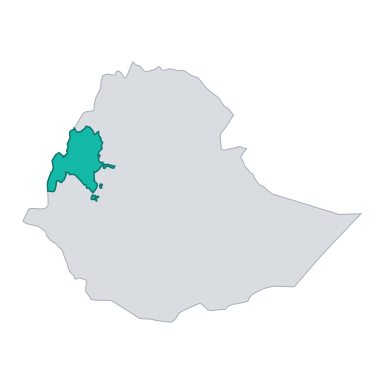 where Benshangul-Gumaz sits in Ethiopia
{"feature_id": "ETH-3132", "entity_name": "Benshangul-Gumaz", "entity_type": "Administrative State", "adm_level": 1, "iso_a3": "ETH", "parent_name": "Ethiopia", "parent_adm1": "", "projection": "orthographic", "projection_center": [35.827, 10.412], "detail": "fine", "context": "in_parent", "style": "filled", "palette": "teal", "viewbox_px": 384, "rotation_deg": 0, "n_neighbors": 0, "source": "natural_earth", "source_scale": "10m", "svg_char_len": 7994}
<svg xmlns="http://www.w3.org/2000/svg" viewBox="0 0 384 384"><path d="M74.5,276.2L74.1,275.8L72.1,274.2L70.2,272.1L69.1,269.8L68.0,267.9L67.4,263.6L66.0,261.0L64.7,257.8L62.7,251.6L61.8,249.5L60.2,248.1L58.4,246.8L56.7,244.1L52.0,241.6L50.2,239.8L47.1,236.5L46.4,234.9L46.2,233.3L45.2,231.7L43.5,230.0L38.1,226.3L36.7,225.8L34.8,225.4L31.9,225.0L28.2,224.1L24.9,222.7L23.4,221.6L23.0,220.9L23.4,219.7L24.6,217.7L26.9,212.9L28.5,209.6L29.5,208.7L32.4,208.4L35.5,208.6L37.8,208.8L40.9,208.9L44.7,208.6L46.3,207.5L47.5,206.3L48.0,205.5L48.1,203.3L48.1,201.6L47.9,194.9L47.8,190.9L47.7,186.2L47.7,185.3L47.7,184.1L48.7,179.2L49.6,176.3L50.2,174.8L52.6,170.1L53.0,168.6L53.1,167.2L52.3,160.9L53.8,157.9L55.8,154.9L57.5,153.7L59.0,152.8L59.6,153.2L61.3,154.6L63.4,155.9L64.5,155.6L66.0,154.5L67.1,153.2L66.9,151.0L67.9,146.4L67.7,143.8L68.8,140.5L70.0,135.9L70.5,133.0L71.2,131.4L74.3,128.2L77.0,123.7L78.8,120.3L82.1,114.9L83.7,112.9L85.1,112.1L87.1,111.6L90.8,111.1L93.5,110.6L93.9,109.9L94.1,108.8L94.1,106.4L94.7,102.2L95.8,98.1L97.2,95.0L97.9,93.6L98.8,92.3L99.8,90.0L101.0,85.0L100.9,81.7L102.7,75.6L103.1,75.5L106.1,74.4L109.1,74.2L112.0,75.0L113.8,75.2L114.7,74.8L115.5,73.8L116.2,72.1L117.4,71.2L119.0,71.0L121.1,72.8L124.6,77.8L125.4,78.1L126.0,77.9L127.7,74.0L129.0,70.9L131.4,65.1L132.8,61.8L134.1,62.8L135.4,64.4L136.9,65.2L138.5,65.7L139.3,65.7L140.3,66.4L143.8,70.5L145.0,71.4L146.6,71.5L153.4,70.1L157.5,67.7L158.1,66.7L159.2,66.7L160.6,67.8L161.1,68.8L162.0,70.1L163.6,70.3L167.5,69.3L169.4,68.7L171.0,69.1L173.1,69.5L174.3,69.5L177.4,70.8L181.1,70.3L182.9,70.4L184.7,70.9L187.6,73.0L191.5,75.5L196.9,77.3L198.1,78.0L200.8,80.9L205.0,86.5L210.4,91.8L216.3,96.0L219.5,98.9L221.7,102.5L223.8,105.7L225.9,107.1L227.9,108.2L230.0,110.6L231.5,112.7L233.5,115.0L231.4,118.3L228.6,122.8L225.3,127.9L224.3,129.2L221.4,132.3L220.9,133.2L220.3,135.4L220.4,139.4L220.9,144.6L221.3,149.3L223.0,149.9L224.9,150.2L227.0,149.5L229.6,148.9L232.7,148.5L236.2,147.5L238.3,146.7L240.4,146.7L242.4,147.5L243.3,148.2L244.7,148.5L246.5,148.4L246.1,149.3L245.2,150.6L244.0,152.0L243.0,153.3L240.8,157.2L240.7,157.7L241.0,158.4L242.3,160.1L243.7,162.9L244.5,165.4L245.1,166.7L246.7,168.1L249.0,170.9L250.3,172.9L252.8,173.9L253.7,176.4L255.7,180.0L257.8,182.9L259.8,185.2L262.1,186.0L262.9,186.1L267.7,190.3L271.2,193.4L272.1,193.9L278.5,195.9L285.9,198.1L291.8,199.9L299.3,202.2L306.7,204.5L313.6,206.6L323.4,209.6L331.2,212.0L337.4,213.9L338.7,214.5L361.0,213.7L355.6,219.4L349.6,225.7L343.2,232.4L339.1,236.8L332.6,243.6L327.2,249.3L321.5,255.5L316.4,261.1L309.8,268.8L305.5,273.8L298.7,281.6L294.5,286.5L293.8,286.8L287.6,286.6L281.6,286.4L273.9,286.2L273.0,286.2L270.7,286.7L269.4,287.2L263.8,288.6L262.8,289.0L258.2,291.2L253.5,293.7L251.0,295.6L249.1,298.3L248.3,300.3L247.5,301.1L246.0,301.9L236.1,303.9L233.2,304.2L228.6,305.8L226.2,308.2L225.5,309.5L222.1,309.5L216.3,310.0L213.8,310.4L212.6,310.5L210.4,310.5L208.5,310.1L207.3,309.5L205.8,308.0L202.4,305.0L200.0,303.2L194.6,305.4L189.7,307.7L182.9,310.8L179.0,313.1L177.8,315.3L174.8,319.4L172.1,321.9L171.1,322.2L164.9,321.7L162.7,321.3L159.0,320.8L154.1,320.0L150.8,319.1L147.2,319.0L142.1,318.8L138.9,318.1L135.6,315.9L131.5,313.2L127.2,310.5L122.8,307.7L117.6,304.4L111.9,300.9L110.6,300.5L110.0,300.5L103.8,300.3L97.4,300.2L93.0,300.0L91.7,299.6L90.7,298.8L89.3,296.2L87.6,294.3L85.8,291.9L85.6,288.6L86.1,285.1L86.6,283.9L86.3,282.7L86.4,281.1L85.3,279.6L79.0,277.9L78.0,278.1L77.0,278.7L75.8,279.2L74.9,278.7L74.4,278.1L74.4,277.0L74.5,276.2Z" fill="#d9dde1" stroke="#a8b0b8" stroke-width="1"/><path d="M64.7,156.4L65.0,156.3L65.3,155.9L65.4,155.5L65.4,155.3L65.5,155.0L65.9,154.6L67.1,153.7L67.5,153.1L67.7,152.3L67.5,152.0L66.9,151.5L66.7,151.2L68.2,146.6L68.3,145.9L68.0,145.4L67.6,144.9L67.4,144.3L67.4,143.8L70.3,137.6L70.4,137.1L70.3,136.7L69.9,135.7L69.7,135.3L69.7,134.3L69.6,133.5L69.6,133.0L69.7,132.5L70.0,131.9L70.3,131.4L70.6,130.9L71.5,130.4L72.0,130.2L73.5,129.6L74.2,128.8L74.2,128.6L74.2,128.2L74.8,128.7L75.7,130.8L76.3,131.4L76.9,131.9L77.4,132.2L77.9,132.2L79.1,131.8L79.8,131.7L80.4,131.7L80.9,131.7L81.3,131.3L81.9,130.7L84.7,128.5L85.1,128.0L85.7,126.5L85.8,126.4L86.8,126.5L87.5,126.5L88.0,126.9L88.5,127.0L89.2,127.0L89.5,127.1L90.2,127.5L90.4,127.8L90.7,128.4L90.9,128.7L91.9,129.5L92.0,129.6L92.8,130.9L93.3,131.6L93.6,132.1L93.7,133.3L94.1,134.3L94.5,134.5L95.0,134.5L95.4,134.2L96.3,133.2L97.2,132.4L98.1,131.8L98.6,131.6L98.8,131.9L98.6,133.4L98.8,135.4L99.0,135.9L99.8,136.6L101.1,138.6L101.1,138.8L100.9,139.2L100.4,139.6L100.2,140.1L100.8,140.6L101.1,140.8L102.5,142.2L102.5,143.1L102.1,143.8L101.7,144.3L101.5,144.9L101.5,145.3L101.7,145.7L101.7,146.2L101.5,146.6L101.4,146.9L102.1,148.4L101.6,149.4L100.9,150.0L99.8,150.9L99.4,151.3L99.0,151.8L98.7,152.3L98.7,152.6L98.7,152.9L98.1,154.2L98.1,154.9L98.1,155.5L98.1,156.0L98.2,155.9L98.4,155.5L98.7,155.2L99.1,155.0L99.7,155.0L100.0,155.4L98.5,158.8L98.7,160.0L99.0,161.0L99.5,161.7L100.0,162.3L100.5,162.7L101.0,162.7L102.1,162.2L102.4,162.1L102.7,162.2L102.9,162.6L102.9,162.9L102.8,163.4L102.9,163.8L103.2,164.2L103.6,164.4L104.7,164.3L107.2,164.6L107.4,164.6L108.0,164.4L108.3,164.5L108.6,164.8L108.8,164.9L109.0,165.0L110.1,165.0L110.5,165.1L111.5,165.5L114.7,166.1L114.4,166.9L114.3,167.3L114.0,167.8L113.8,168.1L113.5,168.2L113.1,168.2L110.8,167.5L110.3,167.1L109.1,166.6L108.1,166.0L107.7,166.0L105.7,167.0L105.4,167.2L104.9,168.3L104.4,168.3L104.0,168.2L103.7,168.1L103.3,167.9L103.2,167.8L103.2,167.5L104.0,165.3L103.9,165.2L102.4,165.4L102.0,165.6L101.6,165.9L100.7,166.8L100.4,167.2L99.2,169.2L98.5,170.0L96.5,171.5L95.6,172.0L95.1,172.2L94.7,172.2L94.3,171.9L94.0,171.9L94.2,175.9L94.1,178.1L94.2,178.5L94.4,179.1L94.5,179.6L94.3,179.9L93.8,180.3L94.5,181.0L96.0,182.8L96.4,183.0L97.1,183.7L97.2,185.0L97.0,186.6L96.3,188.5L93.0,192.8L92.5,192.6L92.2,191.2L91.8,190.7L91.1,190.8L90.9,190.8L90.6,190.5L89.8,189.1L89.6,188.6L89.5,188.3L89.2,188.2L88.8,188.3L87.9,188.2L87.3,188.2L87.0,188.2L86.7,188.1L86.5,187.8L86.5,186.5L86.4,186.2L86.0,185.2L85.7,184.8L85.4,184.8L84.4,185.0L83.3,183.8L80.2,180.1L75.7,175.5L74.9,174.8L74.4,174.6L73.9,174.5L73.5,174.5L72.4,174.4L71.7,174.3L69.9,174.6L69.3,174.5L69.1,174.2L69.1,173.6L69.1,173.0L69.0,172.8L68.6,172.7L65.7,172.5L65.8,173.2L66.2,173.5L66.3,173.9L65.0,178.0L64.1,179.7L61.6,182.4L60.9,182.5L60.3,182.2L59.3,181.2L58.7,180.9L58.3,180.8L57.5,180.9L57.0,181.0L56.4,181.3L56.0,185.5L55.1,189.5L54.9,190.0L54.7,190.4L54.4,190.8L54.1,191.2L53.7,191.5L53.1,191.6L48.8,191.2L47.8,191.2L47.5,185.5L47.4,183.7L48.2,180.3L51.0,172.4L52.3,171.2L52.8,170.4L52.9,170.1L52.8,169.6L52.8,169.3L52.9,169.2L53.1,169.0L53.2,168.8L53.4,167.9L53.3,166.8L52.3,161.8L52.2,160.8L52.4,160.0L54.3,157.3L55.2,155.6L55.5,155.1L55.9,154.8L58.7,152.9L59.0,152.8L59.3,152.9L62.0,155.3L62.7,155.7L63.0,156.0L63.1,156.3L63.0,157.0L63.1,157.4L63.3,157.4L63.5,157.3L63.8,156.6L64.1,156.3L64.4,156.3L64.7,156.4ZM92.6,195.2L93.5,195.4L93.9,195.5L94.2,195.4L94.5,195.4L94.8,195.5L95.2,195.6L95.3,195.7L95.4,195.8L95.2,196.0L95.2,196.5L95.5,196.7L95.8,196.9L96.1,196.9L96.3,196.8L96.2,197.2L96.0,197.9L96.0,198.6L96.1,199.1L96.4,199.2L96.6,199.5L96.6,199.8L96.3,200.0L96.5,200.4L96.7,200.6L96.7,200.9L96.3,200.8L96.1,200.7L95.9,200.6L95.8,200.4L95.8,200.2L95.8,199.8L95.6,199.6L95.0,199.1L94.8,198.8L94.2,199.4L93.9,199.6L93.4,199.6L93.2,199.3L92.7,199.3L92.2,199.3L92.0,199.5L91.8,199.4L91.6,199.3L91.4,199.1L91.3,198.9L91.4,198.7L91.4,198.4L91.3,197.8L91.3,197.6L91.5,197.3L91.9,196.8L92.0,196.6L92.1,196.2L92.0,195.8L92.1,195.4L92.2,195.2L92.6,195.2ZM101.1,184.0L101.5,184.1L102.3,184.7L102.4,184.9L102.4,185.1L102.2,185.3L101.3,185.7L101.1,186.1L101.1,186.7L101.6,187.7L100.9,187.6L100.6,187.7L100.5,188.2L100.4,188.2L100.2,187.8L99.6,186.0L99.9,185.1L100.0,184.7L100.3,184.4L100.7,184.1L101.1,184.0ZM97.7,196.1L98.0,196.2L98.4,196.7L98.7,196.9L98.6,197.1L98.3,197.3L98.1,197.4L97.8,197.5L97.4,197.5L97.2,197.5L97.0,197.3L96.7,197.1L96.5,196.9L96.6,196.7L97.7,196.1Z" fill="#14b8a6" stroke="#0f766e" stroke-width="1.5"/></svg>